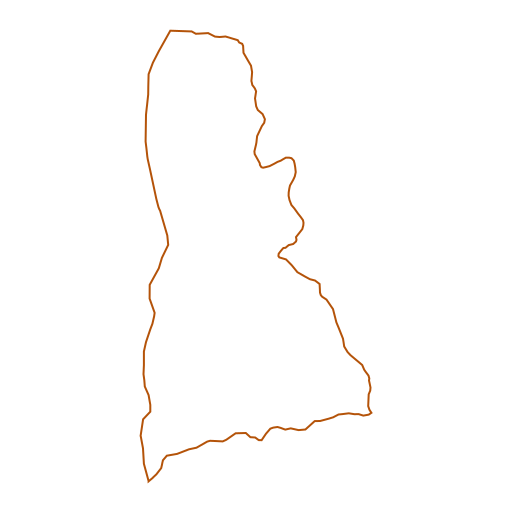 the district of Bolobo, Bandundu, Democratic Republic of the Congo
{"feature_id": "63176286B21856672762157", "entity_name": "Bolobo", "entity_type": "district", "adm_level": 2, "iso_a3": "COD", "parent_name": "Democratic Republic of the Congo", "parent_adm1": "Bandundu", "projection": "mercator", "projection_center": [16.431, -2.651], "detail": "fine", "context": "isolated", "style": "outline", "palette": "amber", "viewbox_px": 512, "rotation_deg": 0, "n_neighbors": 0, "source": "geoboundaries", "source_scale": "gbopen_adm2", "svg_char_len": 2976}
<svg xmlns="http://www.w3.org/2000/svg" viewBox="0 0 512 512"><path d="M252.1,72.1L251.0,65.7L248.0,60.6L243.5,52.8L243.1,45.8L242.5,44.6L242.2,43.8L240.5,43.1L239.2,42.5L238.6,41.6L237.8,40.2L225.5,36.5L221.2,36.9L219.5,37.0L215.0,36.6L208.9,33.5L208.6,33.4L208.2,33.1L197.6,33.7L196.9,33.7L195.9,33.8L191.6,31.4L190.4,31.4L170.3,30.7L158.8,51.2L152.9,62.7L152.0,65.1L148.6,74.2L148.3,86.2L148.2,94.7L148.1,95.4L147.3,102.8L147.1,104.7L146.6,109.0L146.0,114.7L145.6,141.6L146.4,148.1L146.5,149.0L147.3,156.5L147.7,159.1L149.9,168.9L156.3,198.8L158.4,206.9L159.2,209.0L160.1,210.7L167.3,235.5L168.2,244.9L161.9,257.9L158.8,268.3L149.7,284.8L149.6,298.6L154.6,312.7L154.6,313.1L154.1,316.5L152.4,323.8L150.3,329.3L146.0,342.1L143.9,351.5L143.9,365.2L143.5,374.2L144.3,380.1L144.8,386.5L148.6,395.1L150.3,404.9L150.3,411.7L146.5,415.7L143.1,419.3L140.6,435.9L140.8,436.5L143.0,448.4L143.9,463.8L146.0,471.5L148.6,481.1L148.6,481.3L152.7,477.9L153.1,477.4L156.4,474.3L161.2,468.1L161.9,465.1L162.5,462.1L162.7,461.4L162.9,460.3L165.3,457.5L166.8,455.7L177.1,453.9L189.0,449.3L196.5,447.7L207.2,441.6L209.7,440.9L210.1,440.8L214.8,441.0L222.7,441.4L225.6,440.1L226.4,439.7L235.6,433.3L245.8,433.0L250.4,437.2L252.3,437.3L255.2,437.5L258.3,439.8L258.8,440.1L259.9,440.1L261.6,440.2L266.0,433.7L268.0,431.4L270.3,428.7L271.6,428.2L273.3,427.6L277.5,427.0L280.7,427.9L283.3,428.9L285.3,429.6L290.5,428.4L290.9,428.4L298.5,430.1L299.9,430.0L305.4,429.5L314.7,421.1L320.1,421.0L329.0,418.6L330.2,418.2L333.2,417.3L334.3,416.7L338.5,414.5L342.4,414.1L348.8,413.3L353.8,414.1L354.4,414.2L358.7,414.1L359.2,414.3L363.3,415.6L367.9,414.8L368.8,414.6L371.4,412.8L369.4,409.7L368.2,406.1L368.7,394.3L370.2,390.7L370.5,387.6L369.7,383.7L369.0,380.5L369.3,378.3L369.2,378.1L368.5,375.6L365.5,371.6L364.2,369.7L362.2,365.0L350.5,355.2L347.6,352.1L344.2,346.5L343.9,344.5L343.6,342.5L343.0,338.7L338.7,327.9L336.4,322.4L333.0,309.1L330.8,305.9L326.5,299.6L322.1,296.7L320.8,295.1L320.0,292.6L319.9,289.8L319.6,284.0L315.0,280.5L309.9,279.2L305.1,276.6L297.4,272.2L291.8,265.3L286.0,259.4L279.3,257.4L278.4,256.0L278.7,253.7L280.3,251.6L282.2,249.3L283.4,248.0L285.5,247.8L288.7,245.1L293.2,244.0L296.0,241.5L296.2,240.7L296.5,239.9L296.0,237.1L302.3,229.1L303.3,225.4L303.5,222.8L303.0,220.2L300.8,217.1L298.1,213.7L294.3,208.4L291.4,205.0L289.5,200.0L288.6,195.8L288.7,192.4L289.3,188.6L290.0,185.5L291.6,182.7L293.2,179.9L294.8,176.4L295.7,172.3L295.7,171.8L295.2,167.2L294.6,163.7L293.8,160.6L291.5,158.2L289.3,157.7L285.8,157.7L282.8,159.4L280.7,160.7L277.5,161.9L274.3,163.7L269.6,166.1L265.8,167.1L263.1,167.7L261.4,167.2L260.0,165.0L259.7,163.1L254.7,154.1L254.5,152.3L254.4,151.4L256.0,144.7L256.4,142.6L257.1,136.2L257.6,135.1L261.9,126.0L264.2,122.8L264.9,119.2L262.6,114.1L257.8,110.0L256.2,106.4L255.2,99.6L255.0,98.4L255.2,97.3L256.1,91.3L255.4,89.7L254.9,88.5L253.7,86.8L252.3,85.0L251.7,82.1L251.4,81.0L251.8,76.3L252.1,72.1Z" fill="none" stroke="#b45309" stroke-width="2"/></svg>